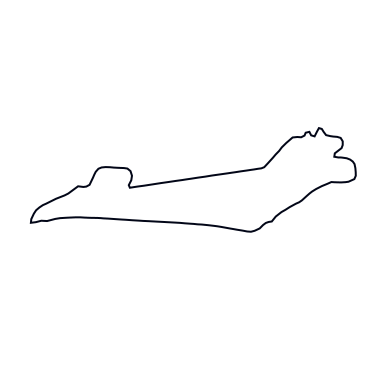 Aracaju, Sergipe, Brazil (Natural Earth projection), rotated 63°
{"feature_id": "56859067B16826137488503", "entity_name": "Aracaju", "entity_type": "district", "adm_level": 2, "iso_a3": "BRA", "parent_name": "Brazil", "parent_adm1": "Sergipe", "projection": "natural_earth1", "projection_center": [-37.097, -11.012], "detail": "fine", "context": "isolated", "style": "outline", "palette": "ink", "viewbox_px": 384, "rotation_deg": 63, "n_neighbors": 0, "source": "geoboundaries", "source_scale": "gbopen_adm2", "svg_char_len": 2047}
<svg xmlns="http://www.w3.org/2000/svg" viewBox="0 0 384 384"><g transform="rotate(63 192 192)"><path d="M254.2,41.5L251.9,38.7L248.6,37.1L244.9,35.6L240.9,34.5L237.9,34.9L234.9,36.4L232.2,38.8L229.1,43.2L227.7,45.9L225.2,49.2L222.4,47.2L221.6,43.0L220.8,38.8L218.6,36.4L215.3,34.7L211.3,35.0L208.8,37.6L206.7,41.0L205.0,43.4L202.2,46.7L198.3,47.4L194.8,47.7L192.7,49.9L195.0,53.3L198.1,57.5L195.6,60.1L191.7,60.1L190.8,63.8L192.8,66.1L192.8,69.9L190.8,73.2L189.1,77.6L191.1,85.7L193.0,91.7L195.0,95.8L196.6,100.5L198.2,104.3L200.9,111.4L202.7,116.4L202.4,119.5L201.3,122.6L200.1,126.4L198.9,129.9L197.5,134.1L195.8,139.0L194.2,143.9L192.9,147.7L191.5,151.9L190.5,154.8L189.3,158.3L186.4,166.7L184.3,173.3L181.9,180.2L179.6,187.2L178.2,191.3L176.9,195.3L174.6,201.9L172.4,208.5L170.0,215.5L167.3,223.7L164.6,231.9L162.3,238.4L160.0,245.4L157.2,245.2L154.0,240.8L150.3,238.1L145.5,237.3L141.8,238.9L139.8,241.7L137.4,246.0L134.8,250.5L132.7,253.8L130.6,257.6L129.1,261.4L128.8,264.8L130.3,268.6L132.2,271.2L134.2,273.6L139.1,280.0L139.2,283.7L138.2,286.5L135.2,290.9L137.2,302.9L137.2,307.1L136.3,316.2L136.2,327.3L136.0,330.8L136.5,335.0L137.5,339.2L139.5,342.7L143.2,347.5L146.3,349.5L148.0,344.8L149.2,339.3L152.1,334.3L153.9,326.1L155.4,321.4L158.5,314.3L161.6,307.5L163.7,303.3L166.0,299.4L168.6,294.8L172.2,288.0L173.7,285.4L175.4,282.7L177.4,279.2L182.2,271.2L184.7,267.0L186.5,263.9L190.0,258.1L194.0,251.3L195.5,248.8L198.4,243.7L202.4,236.8L205.4,231.6L210.1,223.5L214.0,216.8L216.7,212.5L219.6,207.7L221.2,205.0L223.4,201.6L225.4,198.1L229.2,192.2L232.2,187.7L233.9,185.2L236.3,181.9L238.5,179.0L241.7,174.8L244.0,171.7L245.9,169.2L249.4,164.4L252.2,160.8L254.2,157.5L255.0,153.8L255.2,148.2L253.7,143.7L253.1,140.3L253.5,137.3L254.5,134.3L251.9,128.5L250.5,121.4L250.3,116.8L249.8,111.8L249.7,108.4L249.6,104.6L249.8,101.3L249.4,98.0L247.7,91.8L246.7,87.9L246.1,84.8L245.7,80.1L245.7,73.6L246.2,67.4L246.4,63.3L248.0,60.6L249.7,57.5L251.1,54.9L252.9,50.8L253.9,47.9L254.2,41.5Z" fill="none" stroke="#020617" stroke-width="2"/></g></svg>